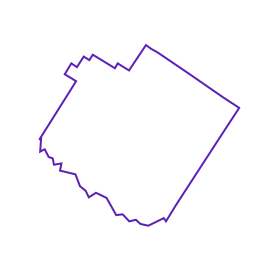 outline of Washington, Indiana, United States of America, rotated 213°
{"feature_id": "52423323B26217734991778", "entity_name": "Washington", "entity_type": "district", "adm_level": 2, "iso_a3": "USA", "parent_name": "United States of America", "parent_adm1": "Indiana", "projection": "robinson", "projection_center": [-86.055, 38.601], "detail": "fine", "context": "isolated", "style": "outline", "palette": "violet", "viewbox_px": 256, "rotation_deg": 213, "n_neighbors": 0, "source": "geoboundaries", "source_scale": "gbopen_adm2", "svg_char_len": 644}
<svg xmlns="http://www.w3.org/2000/svg" viewBox="0 0 256 256"><g transform="rotate(213 128 128)"><path d="M57.8,57.1L48.9,71.9L45.3,70.4L45.8,90.0L45.8,178.4L45.7,205.4L64.9,205.5L105.4,206.7L144.4,207.5L151.1,207.0L158.1,207.3L158.5,176.8L171.8,176.6L171.5,171.0L197.4,170.3L197.4,163.9L204.0,163.8L204.0,151.3L210.7,151.3L210.5,145.2L210.3,138.6L197.0,139.0L196.0,69.8L195.2,71.9L188.8,60.4L186.3,64.8L178.8,60.5L174.6,61.5L170.1,56.9L164.5,62.0L161.8,55.2L146.9,60.5L136.5,53.0L129.3,52.3L123.1,48.5L119.6,56.2L107.9,57.7L90.4,48.5L85.5,52.7L76.1,50.4L71.4,55.3L65.3,54.3L57.8,57.1Z" fill="none" stroke="#5b21b6" stroke-width="2"/></g></svg>